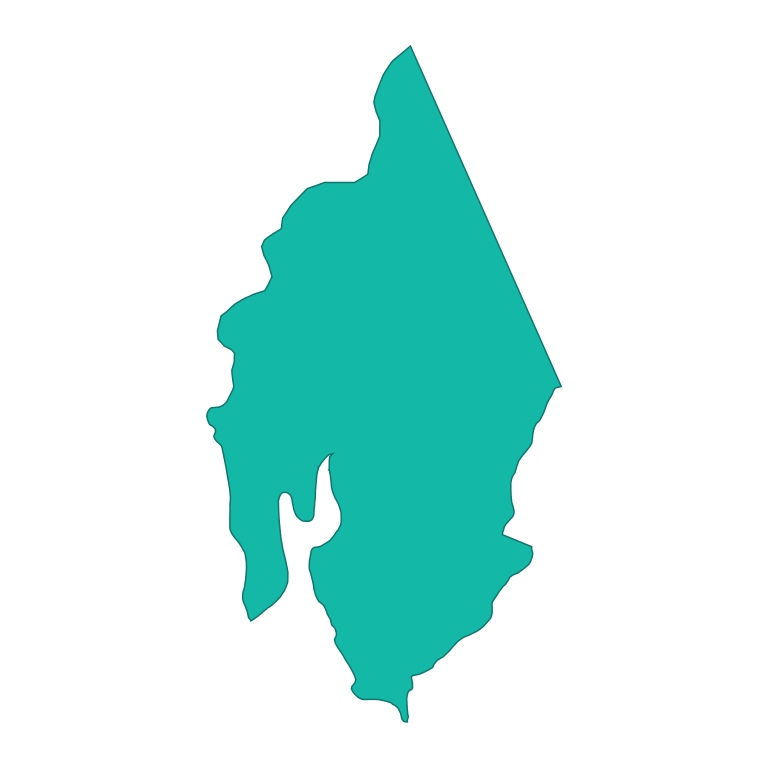 Despinoze, Dennery, Saint Lucia
{"feature_id": "8701671B1025448555952", "entity_name": "Despinoze", "entity_type": "district", "adm_level": 2, "iso_a3": "LCA", "parent_name": "Saint Lucia", "parent_adm1": "Dennery", "projection": "natural_earth1", "projection_center": [-60.912, 13.95], "detail": "fine", "context": "isolated", "style": "filled", "palette": "teal", "viewbox_px": 768, "rotation_deg": 0, "n_neighbors": 0, "source": "geoboundaries", "source_scale": "gbopen_adm2", "svg_char_len": 5164}
<svg xmlns="http://www.w3.org/2000/svg" viewBox="0 0 768 768"><path d="M250.8,620.9L254.4,618.7L258.3,615.8L263.9,611.1L268.2,607.5L270.1,606.5L276.2,601.3L280.1,597.1L284.2,591.0L285.7,587.7L287.6,582.5L287.8,579.8L287.9,572.5L287.2,568.3L285.7,560.9L282.8,549.0L280.9,537.9L280.0,529.6L279.0,518.2L278.6,510.3L278.4,501.0L279.4,497.0L281.0,493.8L282.8,492.5L286.2,492.4L288.3,493.2L290.5,495.2L291.9,498.4L292.4,502.4L294.0,510.0L295.4,513.7L296.9,516.4L300.2,519.4L302.2,520.7L303.8,521.1L305.1,521.2L308.7,521.3L310.2,520.8L311.9,519.7L313.7,516.1L313.8,514.7L314.2,508.6L314.5,506.4L314.7,501.9L315.1,499.6L315.4,494.9L315.4,491.2L315.9,484.8L316.2,481.8L316.7,476.1L317.2,472.6L318.5,467.7L318.3,466.9L318.9,466.9L320.0,465.2L321.5,462.7L324.4,459.1L327.2,456.1L329.6,454.3L332.9,453.7L329.7,456.7L329.5,457.9L329.3,461.1L329.2,469.3L328.7,469.9L329.3,470.1L330.2,474.5L330.8,479.0L331.6,487.6L332.7,491.8L335.1,497.9L338.1,503.2L339.4,506.8L341.0,511.8L341.2,515.4L341.2,521.9L340.7,524.8L338.1,530.0L336.9,531.2L333.8,535.9L329.8,540.6L326.5,542.8L320.9,546.2L318.2,547.0L314.4,547.4L312.4,548.6L311.2,551.1L310.5,555.3L309.5,560.6L309.2,565.8L309.3,568.9L310.7,573.3L312.5,580.4L312.9,582.4L313.8,586.8L313.7,588.0L315.4,594.5L317.2,598.7L319.1,601.6L320.5,602.6L322.7,604.4L323.7,605.5L324.7,607.2L326.8,612.0L326.9,613.1L328.8,616.7L330.5,619.6L331.3,623.5L332.1,625.4L333.7,626.8L334.9,628.3L335.8,630.7L336.5,633.8L336.1,636.4L334.9,638.2L334.5,640.0L335.6,643.7L337.9,647.8L340.1,650.9L342.9,655.0L344.8,658.6L349.2,665.5L353.0,672.3L354.5,675.6L355.7,679.0L355.4,681.5L354.9,682.8L353.1,685.0L351.9,686.5L351.4,688.8L352.7,691.6L355.0,694.4L358.0,697.2L361.6,699.2L364.1,699.5L368.8,699.4L375.4,699.4L378.5,699.5L385.4,701.0L388.8,702.0L390.6,702.4L392.9,704.4L395.1,705.4L396.8,706.9L398.2,708.2L398.7,709.6L400.6,713.1L401.2,715.9L401.9,719.0L403.0,720.6L404.0,721.4L405.0,721.8L407.4,721.9L407.2,720.7L407.3,720.1L408.4,716.5L408.1,715.9L407.8,714.3L407.2,709.0L406.7,698.6L407.3,694.5L408.4,691.5L410.2,690.1L411.6,689.5L412.0,688.8L412.5,687.8L412.5,683.0L411.9,680.2L411.6,678.6L411.5,678.0L411.4,676.4L413.4,675.4L415.0,675.1L419.4,674.2L421.2,673.4L423.9,672.3L427.1,670.6L428.6,669.9L429.9,669.1L432.5,667.5L433.6,665.2L434.1,664.1L435.9,661.9L437.6,660.0L438.9,659.3L439.7,658.8L442.9,657.0L446.5,653.6L449.7,650.5L450.6,649.4L453.1,646.4L457.7,641.5L462.2,638.1L463.8,637.2L465.2,636.5L467.4,635.7L469.8,634.7L477.6,630.8L483.1,626.7L486.4,623.1L487.1,622.4L489.6,619.4L490.9,617.5L491.8,614.6L492.0,613.2L492.1,612.3L492.1,607.3L492.0,602.8L492.8,601.4L493.4,600.3L495.4,597.3L496.6,595.6L497.4,594.3L499.7,590.7L500.7,589.5L501.8,588.1L503.5,585.9L505.3,584.5L507.5,581.4L508.3,580.3L508.6,579.6L509.5,577.5L511.8,575.7L513.9,574.5L518.0,572.9L519.5,571.8L522.7,569.5L526.0,566.7L527.8,565.3L528.4,564.8L530.3,562.1L531.9,557.8L532.6,554.6L532.6,552.3L531.8,550.4L531.7,548.9L531.7,546.7L502.5,534.7L502.5,532.8L503.2,531.0L503.8,528.8L504.2,527.2L505.6,524.5L508.4,521.3L509.9,519.6L511.0,518.5L512.3,517.1L513.6,514.8L514.0,513.0L514.0,510.7L513.6,509.0L513.1,506.8L511.7,502.2L511.0,495.4L510.8,489.2L510.8,483.5L511.0,481.7L511.8,478.1L513.2,475.2L515.0,472.6L516.8,466.2L517.1,465.5L518.6,461.1L519.3,459.9L522.7,455.2L525.2,452.3L526.7,450.4L529.9,446.5L531.8,443.0L532.2,439.5L532.9,433.5L533.2,431.9L533.6,429.7L534.8,426.4L535.6,424.8L536.6,423.3L539.3,420.8L540.8,418.3L543.4,413.4L546.9,403.8L548.4,400.7L549.0,399.6L550.3,397.6L551.4,395.6L552.6,393.1L553.0,391.9L553.3,390.8L555.3,388.1L556.2,387.6L558.9,387.1L560.2,386.8L561.2,386.4L410.4,46.1L399.0,55.6L393.3,60.3L390.9,63.1L386.4,69.9L383.3,74.9L379.8,83.5L375.0,96.5L373.9,102.5L376.2,111.8L379.9,120.9L379.8,136.0L375.9,145.6L372.6,153.0L369.1,164.3L367.8,174.3L362.7,177.6L354.7,182.5L345.8,182.5L329.5,182.5L325.0,182.4L321.0,183.8L314.7,186.1L307.3,188.6L301.1,194.9L295.6,200.6L290.9,205.5L285.2,214.3L282.9,217.6L282.5,219.1L281.3,228.7L279.7,229.8L272.9,233.9L267.3,237.8L264.4,240.2L262.7,244.3L261.6,246.5L264.0,255.5L267.1,261.5L268.9,265.5L272.0,276.8L271.0,278.8L267.9,285.1L264.8,290.7L258.9,292.6L253.9,294.2L247.8,297.0L242.9,299.3L234.8,304.2L231.3,307.2L226.6,311.8L221.2,315.8L221.0,316.3L217.4,330.9L218.2,339.5L222.3,343.6L224.4,346.1L230.9,349.3L232.5,350.7L234.5,353.2L234.2,362.0L232.9,366.8L231.9,369.9L231.9,370.7L232.0,373.4L233.0,381.3L233.8,386.4L232.7,390.0L229.1,397.2L226.8,401.6L225.5,403.2L222.1,406.0L220.4,406.6L218.6,407.1L211.4,407.8L210.0,408.7L208.2,411.2L207.2,413.7L206.8,416.3L207.7,420.2L208.7,422.7L209.7,424.6L212.6,426.2L213.6,427.2L215.2,428.8L215.5,431.7L213.9,436.1L214.1,437.3L214.8,438.9L216.4,441.0L221.3,445.7L222.0,447.5L222.8,451.1L223.7,455.4L223.9,456.6L226.4,469.2L227.6,476.9L228.7,482.7L229.8,489.9L230.5,498.0L230.0,504.5L230.1,509.2L229.9,516.1L229.9,527.7L230.3,530.3L231.9,533.6L233.5,536.1L237.1,540.5L239.6,543.7L241.8,547.3L244.7,552.5L245.3,554.4L245.6,556.8L246.4,562.0L246.5,567.9L246.2,573.6L245.6,579.7L244.5,587.5L243.1,591.7L242.7,594.9L242.7,598.6L243.3,601.5L244.9,605.3L247.3,611.5L247.9,614.4L248.6,617.8L249.9,619.2L250.8,620.9Z" fill="#14b8a6" stroke="#0f766e" stroke-width="1.5"/></svg>